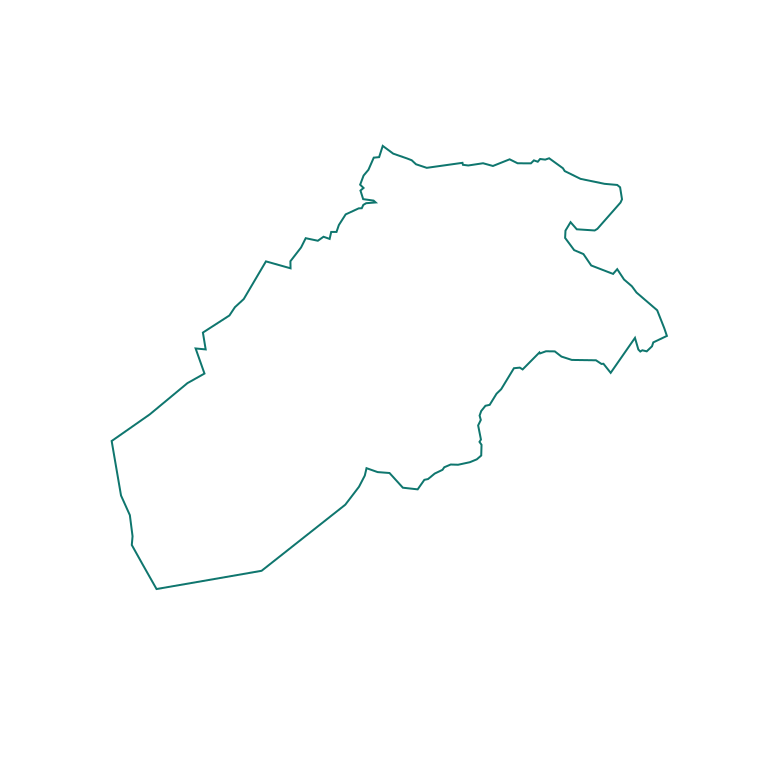 Firhouse-Bohernabreena Lea-5, South Dublin, Ireland, rotated 44°
{"feature_id": "5873133B21460579019232", "entity_name": "Firhouse-Bohernabreena Lea-5", "entity_type": "district", "adm_level": 2, "iso_a3": "IRL", "parent_name": "Ireland", "parent_adm1": "South Dublin", "projection": "mercator", "projection_center": [-6.327, 53.236], "detail": "fine", "context": "isolated", "style": "outline", "palette": "teal", "viewbox_px": 768, "rotation_deg": 44, "n_neighbors": 0, "source": "geoboundaries", "source_scale": "gbopen_adm2", "svg_char_len": 1803}
<svg xmlns="http://www.w3.org/2000/svg" viewBox="0 0 768 768"><g transform="rotate(44 384 384)"><path d="M244.0,205.7L230.6,211.9L217.7,213.6L222.9,224.2L219.4,228.3L224.0,240.7L224.5,248.2L228.4,257.2L233.1,257.2L232.7,261.2L240.6,265.5L249.1,259.3L251.9,259.2L245.6,266.3L244.7,269.5L245.9,273.0L243.8,275.2L238.6,288.6L241.1,301.0L244.2,307.6L240.4,311.3L244.1,317.4L238.2,320.1L236.9,326.9L226.4,333.5L229.5,343.4L231.4,360.7L236.4,365.7L213.9,377.8L224.1,420.3L223.4,432.3L225.2,442.1L218.0,472.8L231.7,483.0L223.8,489.3L247.6,501.2L242.0,519.9L236.6,568.6L227.7,614.2L272.3,646.9L292.3,654.9L308.9,668.2L314.4,675.0L335.5,681.4L362.8,689.5L425.7,603.4L440.0,497.7L437.4,475.3L433.8,463.2L429.9,456.7L440.6,451.8L449.8,444.2L469.6,445.5L481.4,436.4L479.6,424.9L481.7,421.8L482.7,413.2L485.7,405.1L485.2,402.0L487.9,395.6L493.4,390.6L500.1,380.6L503.1,373.7L503.6,367.9L496.4,360.0L492.9,359.3L492.3,356.6L480.5,348.4L478.6,342.6L474.7,340.3L472.7,335.9L472.1,329.2L474.5,325.6L471.7,312.8L471.9,306.3L466.5,282.4L470.3,277.9L473.6,277.2L473.9,253.3L475.0,253.6L477.8,247.9L484.2,241.9L492.6,241.0L502.4,236.2L520.0,219.7L526.5,218.5L527.8,217.0L539.3,218.5L532.5,176.5L543.0,182.5L545.8,182.6L546.4,180.3L550.3,178.0L550.6,170.7L548.8,167.0L554.1,152.9L546.9,149.2L529.3,141.2L502.1,142.8L494.4,141.5L484.1,142.1L472.0,139.4L472.3,145.7L450.7,154.8L437.2,152.0L427.8,155.6L412.8,153.1L408.0,147.6L405.8,138.0L415.2,138.8L428.9,127.2L429.7,124.2L428.1,89.2L426.9,85.8L417.2,78.5L413.5,78.8L403.6,86.8L382.9,99.9L366.1,105.3L362.8,104.5L346.0,106.9L344.1,110.6L340.0,113.7L340.2,117.3L336.5,119.0L336.4,123.2L326.8,132.4L318.3,135.1L310.9,151.5L301.9,156.4L292.8,168.3L288.5,171.5L286.8,170.4L264.6,198.8L254.4,203.7L248.5,203.8L244.0,205.7Z" fill="none" stroke="#0f766e" stroke-width="2"/></g></svg>